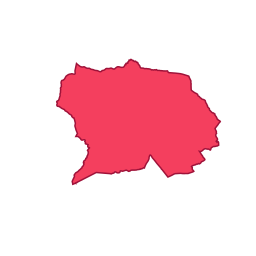 Provita De Sus, Prahova, Romania, rotated 129°
{"feature_id": "2599482B41461583551920", "entity_name": "Provita De Sus", "entity_type": "district", "adm_level": 2, "iso_a3": "ROU", "parent_name": "Romania", "parent_adm1": "Prahova", "projection": "albers", "projection_center": [25.633, 45.139], "detail": "fine", "context": "isolated", "style": "filled", "palette": "rose", "viewbox_px": 256, "rotation_deg": 129, "n_neighbors": 0, "source": "geoboundaries", "source_scale": "gbopen_adm2", "svg_char_len": 5721}
<svg xmlns="http://www.w3.org/2000/svg" viewBox="0 0 256 256"><g transform="rotate(129 128 128)"><path d="M110.3,208.6L116.9,205.2L118.7,203.5L119.0,203.3L119.5,203.3L119.8,203.4L120.1,203.7L120.4,204.2L120.8,205.1L121.2,205.8L123.1,207.4L124.1,208.0L126.5,208.7L127.6,208.6L129.1,208.3L130.3,208.2L131.6,208.5L132.7,209.3L133.2,209.3L134.4,208.9L135.2,208.3L135.5,208.0L135.8,207.4L137.0,206.6L137.5,206.0L137.9,205.8L138.9,205.8L139.6,205.5L140.4,204.6L141.5,203.9L142.9,202.8L144.2,202.3L144.6,202.0L145.2,201.4L145.6,201.1L147.3,200.5L149.1,199.7L149.9,199.5L150.7,199.5L151.6,200.0L152.2,200.0L152.5,199.9L152.7,199.7L153.1,198.6L155.0,197.8L155.5,196.7L155.2,196.0L154.5,194.9L154.5,194.4L154.6,193.9L154.5,193.1L154.4,191.7L153.9,189.7L153.7,189.0L154.2,187.6L154.2,187.4L153.9,186.7L153.8,185.6L153.8,183.9L154.0,182.9L153.9,181.6L153.7,180.4L153.7,179.9L153.8,179.6L154.4,178.9L154.5,178.5L154.6,176.9L154.2,176.4L155.2,174.8L157.3,172.0L157.9,171.6L159.6,170.7L160.1,170.2L161.1,168.7L162.2,167.2L164.1,163.8L165.6,163.6L167.4,163.2L166.6,162.3L166.0,161.2L166.1,158.3L166.5,157.4L166.6,156.7L166.5,156.4L166.3,156.0L164.9,154.9L164.5,154.4L164.4,154.0L164.7,153.4L165.7,153.1L165.8,152.9L166.0,152.0L166.1,151.8L166.4,151.5L167.0,151.3L167.0,150.9L166.4,149.6L166.4,149.1L166.1,148.6L167.3,148.0L167.8,147.5L168.1,146.5L167.6,145.9L167.6,145.7L167.7,145.4L167.9,145.4L168.4,145.6L168.8,145.4L170.0,145.5L170.9,145.4L171.3,144.3L171.6,143.8L172.1,143.5L173.2,142.7L173.6,142.6L174.3,142.3L175.8,142.1L176.0,141.8L176.6,141.6L176.9,141.3L177.3,141.3L178.1,141.7L179.1,141.2L179.7,141.1L181.1,141.5L181.4,141.5L182.6,141.1L182.6,140.9L182.8,140.8L182.6,140.6L182.7,140.3L183.3,140.2L184.1,139.4L185.7,139.0L187.0,139.2L188.1,138.7L188.6,139.0L189.8,139.0L191.6,139.4L193.4,139.5L195.8,140.4L198.2,140.3L198.6,140.1L198.7,139.8L199.3,139.2L200.0,138.9L201.9,138.5L204.5,137.8L204.9,137.5L205.5,136.6L206.5,135.5L205.5,134.9L204.0,134.2L203.9,133.6L203.3,134.0L203.0,133.9L202.7,133.7L202.4,133.3L201.4,133.1L201.1,132.9L182.6,124.7L174.6,113.0L174.3,112.2L173.3,111.7L172.1,110.8L171.7,110.6L170.7,110.6L170.2,110.4L169.9,110.0L169.8,108.9L169.6,108.1L168.8,107.1L168.3,106.7L167.9,106.5L167.5,106.5L166.4,106.9L166.0,106.8L165.7,106.4L165.4,105.7L164.9,104.9L161.9,102.9L161.5,101.7L161.3,100.3L161.1,100.0L160.5,99.7L160.0,99.3L159.4,99.3L158.5,98.7L157.7,97.8L156.5,96.3L155.3,95.0L154.6,94.6L153.1,93.1L152.3,92.8L152.2,92.4L151.7,92.3L151.6,92.0L151.1,91.9L150.7,91.4L150.2,91.1L149.7,91.1L149.4,90.9L149.1,90.9L148.9,90.7L148.7,90.1L147.8,90.5L147.2,90.6L146.4,90.9L144.1,91.4L140.8,91.7L138.7,92.3L137.7,93.1L135.7,93.9L135.3,93.9L135.1,93.7L134.9,93.5L134.9,93.2L135.0,92.4L135.8,90.4L136.3,87.6L136.9,85.0L137.3,83.4L138.5,77.0L138.9,76.2L138.9,75.9L138.8,75.7L141.0,66.1L137.4,64.3L134.5,63.1L133.8,62.6L130.2,58.7L128.9,56.7L125.6,52.7L121.2,49.9L120.2,49.6L119.9,50.7L119.9,51.4L119.7,51.9L119.2,52.5L118.2,53.2L118.0,54.4L117.5,54.4L116.4,54.0L114.7,52.9L114.1,52.4L114.0,52.5L113.0,52.0L112.7,51.8L112.2,51.1L111.2,50.8L110.9,49.9L110.7,49.8L109.5,49.5L108.6,49.6L107.9,49.6L106.6,48.9L105.5,48.5L104.3,48.3L104.0,48.6L103.7,49.3L103.6,49.9L103.5,50.8L103.3,51.6L102.8,52.6L102.3,54.6L101.7,56.1L101.2,57.7L100.9,57.1L100.0,56.4L98.9,56.0L96.9,55.7L95.8,55.2L95.5,55.0L94.5,53.1L93.6,52.0L93.5,51.7L93.5,50.6L93.4,50.2L93.1,50.1L92.4,50.3L91.4,50.8L90.6,50.7L88.7,50.0L88.2,49.6L88.0,49.4L87.9,49.0L85.9,47.5L85.8,47.3L84.3,46.7L82.3,48.5L81.9,49.3L81.9,49.5L82.1,49.6L82.9,49.9L82.7,50.1L82.8,51.1L82.0,51.2L81.2,51.0L80.5,51.3L80.2,51.6L79.8,52.3L79.4,53.8L79.0,54.4L79.0,54.7L78.9,54.8L78.1,55.5L77.3,55.8L76.4,55.8L75.7,56.9L75.1,57.1L74.8,57.6L74.6,58.3L74.4,58.7L73.5,60.1L68.5,60.2L67.8,60.4L65.0,60.3L64.9,60.6L64.7,61.0L64.8,61.8L65.1,62.6L65.0,62.9L64.8,63.5L65.0,63.9L65.0,64.2L64.5,64.9L63.8,66.3L63.3,68.3L63.0,68.8L62.5,69.2L62.4,69.5L62.7,70.0L62.5,70.6L62.5,71.0L63.0,71.7L63.1,72.5L63.0,73.3L63.0,74.0L62.8,74.8L62.8,75.7L62.5,76.3L62.0,76.7L61.7,77.1L61.7,77.3L61.6,78.8L61.3,79.7L60.9,79.9L60.5,80.8L59.8,82.1L59.5,83.1L59.0,84.1L58.2,85.1L58.1,85.5L58.1,86.2L58.3,87.1L59.0,88.5L58.9,89.6L59.0,91.1L58.7,92.5L58.9,93.2L58.9,93.6L58.8,94.1L58.1,95.0L58.0,95.3L58.1,95.6L58.1,96.4L58.5,97.5L58.5,98.1L58.7,99.3L58.8,102.1L58.8,102.4L58.5,102.9L57.8,103.6L54.9,106.1L54.0,106.7L53.1,107.8L52.0,108.6L51.7,108.9L50.2,112.2L49.5,113.2L49.5,113.6L51.8,119.4L52.9,121.6L55.4,125.5L59.0,130.7L59.4,131.4L59.4,131.8L58.9,132.8L58.8,133.3L60.0,134.6L60.6,135.4L61.1,136.0L62.2,137.8L62.9,138.7L63.5,139.9L64.6,141.2L64.7,141.6L64.7,142.3L64.8,142.7L65.0,142.9L65.4,143.0L65.8,143.5L66.2,144.2L67.0,144.8L67.5,145.8L67.9,146.2L68.1,146.4L68.1,147.4L68.4,147.9L68.8,148.9L69.5,149.8L70.3,151.2L71.4,152.4L71.9,153.9L72.6,154.8L73.2,155.7L73.2,156.3L73.1,156.8L72.4,157.8L72.2,158.4L71.8,160.4L71.2,161.2L71.1,161.7L71.1,162.1L71.4,162.2L71.6,162.6L71.3,163.8L71.4,164.3L71.7,164.6L72.2,164.7L72.4,165.1L72.4,165.3L72.2,166.2L72.2,166.4L72.7,166.8L72.6,167.6L72.8,168.3L72.7,168.5L73.0,169.0L73.6,168.9L74.0,169.0L74.2,169.6L74.5,169.9L75.7,169.4L76.7,169.6L77.0,169.5L77.7,169.0L78.1,169.3L78.6,170.0L79.0,170.2L79.5,170.1L80.0,169.6L80.3,170.0L80.5,170.1L82.7,169.7L83.5,169.8L84.1,170.2L85.2,171.5L86.1,173.5L86.6,174.2L87.2,174.8L88.4,175.2L90.5,175.6L91.0,176.0L91.4,176.7L91.9,178.4L92.1,178.9L93.8,180.2L95.3,182.2L95.8,182.5L97.2,182.7L98.0,183.0L98.4,183.2L99.7,184.3L100.7,184.3L101.3,184.6L101.8,185.2L102.1,185.7L102.5,187.3L102.7,187.9L103.9,189.8L104.2,190.5L104.5,191.7L105.6,193.7L105.9,195.6L107.2,197.2L107.6,198.1L107.9,200.3L108.2,200.8L109.4,201.9L109.7,202.4L110.2,203.6L110.3,204.2L110.4,207.1L110.3,208.6Z" fill="#f43f5e" stroke="#9f1239" stroke-width="1.5"/></g></svg>